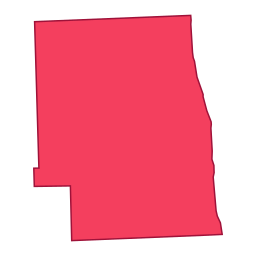 outline of Sanilac, Michigan, United States of America
{"feature_id": "52423323B29368919737567", "entity_name": "Sanilac", "entity_type": "district", "adm_level": 2, "iso_a3": "USA", "parent_name": "United States of America", "parent_adm1": "Michigan", "projection": "mercator", "projection_center": [-82.674, 43.422], "detail": "fine", "context": "isolated", "style": "filled", "palette": "rose", "viewbox_px": 256, "rotation_deg": 0, "n_neighbors": 0, "source": "geoboundaries", "source_scale": "gbopen_adm2", "svg_char_len": 475}
<svg xmlns="http://www.w3.org/2000/svg" viewBox="0 0 256 256"><path d="M71.7,240.6L209.4,235.0L222.2,234.4L220.4,222.8L217.3,216.1L216.1,210.8L213.2,177.1L214.1,172.7L213.9,165.4L211.9,159.2L212.2,151.0L210.9,128.2L211.3,124.3L211.1,121.8L206.8,110.7L203.1,96.8L203.1,94.4L197.0,77.1L194.5,61.3L193.2,57.7L192.5,52.3L190.8,24.2L191.1,20.2L190.7,15.4L34.6,21.7L38.9,168.1L33.8,168.2L34.3,186.4L70.4,185.9L71.7,240.6Z" fill="#f43f5e" stroke="#9f1239" stroke-width="1.5"/></svg>